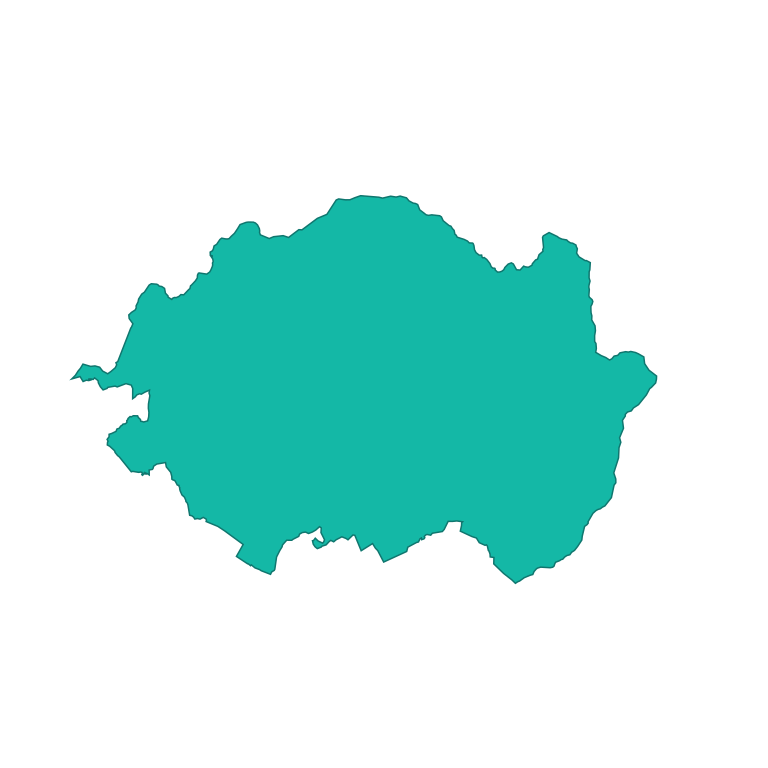 Curtea De Arges, Arges, Romania (orthographic projection), rotated 217°
{"feature_id": "2599482B76478709912239", "entity_name": "Curtea De Arges", "entity_type": "district", "adm_level": 2, "iso_a3": "ROU", "parent_name": "Romania", "parent_adm1": "Arges", "projection": "orthographic", "projection_center": [24.678, 45.135], "detail": "fine", "context": "isolated", "style": "filled", "palette": "teal", "viewbox_px": 768, "rotation_deg": 217, "n_neighbors": 0, "source": "geoboundaries", "source_scale": "gbopen_adm2", "svg_char_len": 6159}
<svg xmlns="http://www.w3.org/2000/svg" viewBox="0 0 768 768"><g transform="rotate(217 384 384)"><path d="M531.6,504.5L532.9,502.2L531.7,485.1L536.9,476.2L542.3,457.7L544.9,456.0L548.4,443.6L553.8,441.8L560.8,435.2L563.2,431.1L572.5,428.7L574.6,430.1L575.4,431.5L577.1,433.1L580.7,434.9L583.6,435.2L585.8,434.6L589.9,431.6L591.4,430.1L594.9,424.7L594.4,419.8L594.1,414.4L594.9,410.0L595.2,406.9L596.3,405.6L597.9,404.5L601.4,402.8L602.0,400.6L601.7,394.8L602.8,392.0L601.4,388.7L601.3,386.8L602.2,384.7L600.1,382.2L598.4,383.0L597.9,382.3L598.6,381.7L596.0,380.8L594.1,379.0L593.8,377.4L592.5,376.0L591.8,374.5L590.9,370.9L590.6,368.5L591.7,365.1L598.5,361.4L598.9,360.7L598.5,358.7L596.9,356.3L596.7,352.8L597.3,347.1L597.6,346.0L596.4,343.3L596.8,341.9L597.6,334.7L600.0,333.2L600.5,330.5L601.9,328.0L603.5,326.9L604.5,325.1L604.4,323.8L608.6,323.4L609.6,324.4L613.2,325.0L616.8,328.3L620.2,328.1L622.4,326.9L624.4,327.2L625.6,326.9L630.2,324.0L631.1,321.6L630.6,313.1L631.6,310.0L631.1,304.2L629.8,301.5L629.0,297.2L627.6,295.5L627.3,293.3L628.8,289.2L629.4,285.6L626.9,282.9L620.8,281.0L619.9,277.4L619.9,276.3L610.1,241.6L610.9,239.7L609.0,238.4L608.4,235.3L609.6,229.7L610.8,225.9L616.4,225.0L621.2,226.3L625.7,224.5L628.9,221.5L636.4,218.7L635.9,213.8L636.1,210.4L635.7,205.2L636.4,200.2L631.2,207.0L625.8,204.9L624.0,207.9L621.8,209.1L620.8,210.5L623.2,210.0L621.2,211.6L619.0,212.7L618.8,214.7L614.4,214.6L612.8,213.0L608.9,211.1L604.8,210.2L602.5,213.8L602.5,215.2L597.5,220.5L595.3,221.1L590.3,229.0L585.2,231.0L582.0,229.2L575.9,221.0L574.9,224.1L574.9,226.4L573.4,229.1L571.7,229.8L570.1,233.5L567.6,238.0L566.2,235.4L564.0,233.8L560.1,226.3L557.6,222.8L554.6,219.8L552.1,216.0L550.6,212.3L553.1,209.0L554.5,208.6L555.8,207.8L557.2,209.1L560.1,209.4L561.6,210.3L565.1,207.8L566.1,205.6L567.2,205.2L567.7,202.3L567.2,201.5L567.4,200.0L566.2,198.5L566.6,196.6L568.3,194.9L568.4,193.3L569.0,191.8L568.8,189.4L570.2,187.3L569.5,184.9L571.8,180.5L573.3,178.4L571.8,176.4L571.8,173.1L569.9,172.2L569.8,171.2L568.3,168.8L565.6,169.2L559.6,168.6L558.5,168.3L557.6,167.5L553.7,166.5L551.6,166.5L533.0,161.8L532.1,163.0L526.6,165.9L525.6,167.1L524.1,167.8L523.2,167.2L523.0,166.0L522.0,165.7L521.5,167.3L521.9,168.4L520.8,168.5L521.4,169.4L519.5,169.3L519.6,169.9L516.8,170.1L519.8,174.0L517.6,176.4L517.6,177.4L518.5,179.8L517.3,183.3L511.2,189.8L508.0,186.8L501.2,185.1L497.9,182.5L496.1,180.3L494.6,180.4L493.8,180.8L492.3,180.8L488.3,178.9L486.7,179.6L486.0,178.8L484.6,178.2L484.2,177.4L482.5,176.0L478.6,173.8L475.2,173.5L472.4,171.9L471.4,170.9L469.8,170.7L468.0,169.6L460.2,162.2L458.2,163.1L456.0,163.1L453.8,162.3L452.0,164.3L449.6,165.4L448.1,168.7L444.9,169.1L443.9,168.5L443.3,167.1L431.0,170.3L423.1,170.8L399.9,171.1L398.1,157.5L384.9,158.3L384.9,158.5L384.5,158.7L381.2,158.6L381.1,159.7L376.4,159.5L371.6,160.9L369.6,161.0L360.1,163.7L360.6,166.3L359.5,169.1L359.7,170.3L365.7,181.2L367.0,188.3L367.4,192.6L368.2,194.4L367.7,200.7L363.6,203.7L363.2,205.3L360.4,211.0L361.1,213.3L359.9,216.1L357.6,218.5L354.3,219.2L352.1,222.7L350.6,226.3L349.6,231.3L347.5,231.3L344.9,227.4L337.9,223.9L337.2,222.0L337.2,220.0L342.2,219.0L346.1,219.5L346.1,216.5L346.8,215.8L344.1,213.5L341.1,212.5L338.2,212.4L336.0,215.9L335.9,217.2L333.4,220.7L333.0,225.0L332.4,227.1L329.2,227.7L328.5,230.8L325.7,236.6L321.2,237.8L319.0,237.9L317.9,244.8L316.2,245.6L301.9,237.1L297.1,249.7L292.0,247.7L288.8,247.2L277.1,241.6L265.1,263.9L266.8,268.0L262.7,276.9L261.4,278.6L262.1,282.0L261.5,283.5L260.3,282.3L258.9,284.3L258.9,285.8L260.1,286.5L259.9,288.4L259.1,289.7L255.7,291.4L255.6,293.9L248.6,301.3L248.4,304.1L250.1,312.9L246.6,315.5L243.5,318.4L238.3,321.3L238.4,319.8L236.9,317.6L234.5,312.4L221.9,315.1L217.5,316.6L212.4,314.6L206.2,316.0L205.4,317.2L204.1,316.9L200.4,313.8L199.7,313.8L197.0,312.0L195.1,309.8L191.8,311.6L188.1,306.4L174.5,304.7L164.0,304.5L159.1,303.9L158.2,306.5L157.1,308.3L155.4,313.8L152.2,319.2L150.5,321.4L151.3,324.5L151.1,327.6L150.7,329.2L148.7,332.0L140.7,337.3L139.0,339.2L138.6,340.9L139.5,343.5L139.6,345.1L137.4,348.6L137.0,350.1L135.8,351.7L135.6,354.5L134.7,357.1L132.8,359.5L132.9,362.5L131.7,365.8L131.6,370.8L132.1,378.4L134.1,381.8L138.1,391.0L137.2,393.9L137.2,395.9L138.1,396.6L139.3,406.4L138.6,410.2L137.7,412.4L136.1,414.6L135.5,417.0L134.2,419.6L134.0,430.1L139.4,441.7L139.4,444.6L141.7,447.6L147.0,451.3L152.2,466.1L158.0,474.6L159.8,480.0L163.5,482.8L166.1,492.8L171.7,498.5L172.0,503.6L173.0,504.9L172.7,508.1L170.3,511.4L170.4,515.0L168.3,520.7L167.9,533.2L169.0,540.3L168.4,542.2L167.7,548.3L169.3,551.8L171.1,554.4L180.7,554.5L188.1,557.1L192.8,562.0L199.0,561.2L202.1,560.5L206.5,558.5L208.0,556.6L210.5,555.2L214.3,550.9L214.6,547.5L217.0,544.8L217.2,541.2L218.3,538.9L222.8,538.6L227.6,537.4L234.0,536.7L235.8,540.2L239.1,543.9L241.3,544.7L244.9,549.4L247.2,553.8L250.5,557.5L256.7,560.2L259.0,563.5L261.5,565.5L263.5,567.9L265.5,570.5L265.9,573.0L266.9,575.6L268.6,576.6L272.3,576.9L273.6,577.9L276.8,582.9L278.8,584.7L279.8,586.4L281.4,590.2L284.1,592.2L287.7,597.1L288.3,599.0L292.3,605.1L296.6,604.4L297.6,603.6L304.7,602.9L308.9,604.4L311.0,608.4L313.2,609.5L314.3,610.5L318.0,610.0L320.0,608.9L322.9,608.7L324.8,609.0L329.1,606.8L332.5,606.0L334.2,606.1L343.3,604.3L345.9,598.2L345.6,596.5L338.7,589.0L338.1,586.9L336.9,585.7L338.0,580.6L336.5,576.1L337.6,574.3L337.9,569.4L337.3,567.8L339.0,564.1L341.7,562.6L343.4,562.2L343.9,556.9L346.9,555.0L352.9,557.7L355.2,557.4L357.0,554.5L357.6,549.8L357.1,547.3L357.7,545.1L358.9,543.2L360.6,541.7L363.9,542.0L364.4,542.8L365.3,543.1L366.8,542.0L369.0,542.2L371.8,543.9L376.9,545.3L380.1,545.3L380.8,544.3L382.0,544.3L383.6,545.7L385.5,544.2L389.5,544.3L392.5,545.7L395.4,548.6L397.1,549.7L398.0,549.9L400.8,548.0L403.4,548.4L407.1,547.7L413.9,545.3L415.9,546.3L417.5,546.3L420.5,548.9L422.9,549.3L425.5,550.3L427.5,549.7L435.0,550.0L438.7,552.0L440.8,551.9L447.7,547.8L449.9,545.5L452.1,544.5L460.3,544.6L465.1,547.6L467.5,547.1L469.6,546.0L474.2,545.3L478.1,546.2L484.2,543.8L486.8,540.6L491.7,538.0L497.0,531.6L500.5,530.1L516.0,520.3L519.4,515.2L522.1,510.6L525.6,507.9L531.6,504.5Z" fill="#14b8a6" stroke="#0f766e" stroke-width="1.5"/></g></svg>